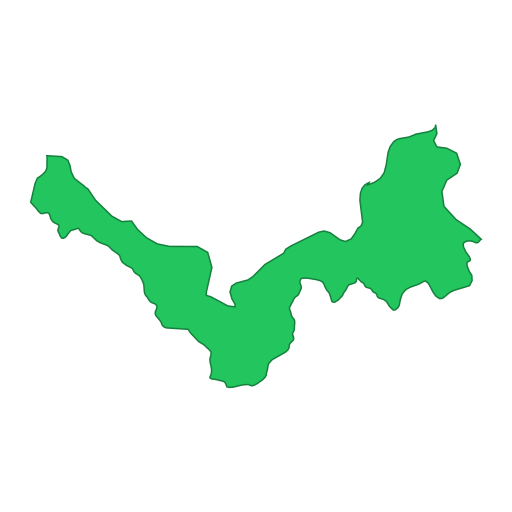 map outline of Nong Khai (Robinson projection)
{"feature_id": "THA-446", "entity_name": "Nong Khai", "entity_type": "Province", "adm_level": 1, "iso_a3": "THA", "parent_name": "Thailand", "parent_adm1": "", "projection": "robinson", "projection_center": [102.779, 17.946], "detail": "fine", "context": "isolated", "style": "filled", "palette": "green", "viewbox_px": 512, "rotation_deg": 0, "n_neighbors": 0, "source": "natural_earth", "source_scale": "10m", "svg_char_len": 4903}
<svg xmlns="http://www.w3.org/2000/svg" viewBox="0 0 512 512"><path d="M367.9,184.9L374.7,182.2L380.1,178.5L384.1,172.9L386.2,164.9L388.1,152.3L390.2,146.5L393.7,141.7L396.5,139.7L399.3,138.7L409.0,137.0L416.1,134.1L428.2,131.8L432.3,130.2L435.3,127.4L435.6,124.6L436.9,133.7L433.6,140.6L436.9,146.9L446.7,148.2L456.6,153.2L460.4,164.4L457.1,173.2L446.8,180.1L441.9,191.4L444.0,206.4L456.1,219.6L470.2,229.0L481.3,239.3L480.0,240.2L478.3,242.3L477.0,242.8L475.9,242.8L473.0,241.5L470.8,241.0L469.5,240.9L467.1,241.1L466.0,241.5L465.1,241.9L464.2,242.5L463.5,243.2L463.2,244.8L463.6,247.1L465.9,252.0L469.3,256.7L470.3,259.3L470.3,260.3L469.3,261.1L467.2,262.2L466.9,263.7L467.2,266.1L469.2,271.2L471.8,275.3L472.1,280.6L469.5,285.7L454.2,290.3L449.8,292.4L443.3,297.8L441.2,298.6L439.6,298.6L438.6,298.0L435.7,295.9L433.0,292.0L429.0,284.4L428.2,283.3L427.1,282.3L425.5,281.1L424.3,281.2L423.2,281.6L422.3,282.3L418.6,284.2L410.0,287.3L406.8,289.0L405.0,290.5L402.8,293.1L402.2,294.1L401.8,295.1L400.4,299.4L399.3,305.1L398.6,306.6L397.6,308.0L395.5,309.7L394.1,310.1L392.8,309.8L389.5,306.3L388.8,305.4L387.0,302.3L386.3,301.4L384.4,300.0L383.3,299.4L379.1,298.1L378.2,297.4L377.4,296.7L377.2,296.1L377.0,295.2L376.5,294.1L375.6,293.1L373.6,292.3L372.7,291.4L371.3,289.2L370.3,288.4L366.7,287.4L365.6,286.8L365.0,286.0L364.6,285.2L364.4,284.6L364.0,283.9L363.4,283.1L361.3,281.9L357.9,278.3L357.0,278.2L356.6,279.0L356.5,280.4L356.0,281.8L354.8,282.9L350.2,284.4L348.7,285.0L347.9,285.9L347.3,286.9L346.8,288.1L345.6,290.3L344.2,292.2L343.5,293.3L342.5,295.5L341.8,296.4L340.1,298.0L339.4,298.9L338.5,299.8L337.3,300.6L334.8,302.1L333.2,302.2L332.1,301.7L331.6,300.6L330.1,295.4L329.2,293.1L328.6,292.2L327.9,291.3L327.0,290.4L326.3,289.4L325.8,288.4L324.7,286.1L324.3,284.9L323.7,283.7L322.3,281.8L319.9,280.6L316.2,279.6L307.3,278.1L303.5,278.1L301.1,278.6L300.5,279.6L300.0,280.9L299.9,282.3L300.2,283.6L301.1,286.0L301.3,287.2L301.2,288.5L299.6,291.9L299.2,293.1L298.6,294.2L297.8,295.3L295.3,297.1L294.4,298.1L293.7,299.2L292.7,301.6L291.5,303.5L290.7,305.2L289.8,307.0L289.4,308.1L289.6,309.3L290.7,312.2L291.5,315.6L292.0,316.7L292.5,317.6L293.7,318.8L294.2,319.7L294.6,320.8L294.7,322.2L294.3,329.5L294.0,330.5L293.1,332.4L292.6,333.6L292.7,334.9L293.6,337.2L293.7,338.4L293.5,339.5L293.0,340.5L290.4,343.0L289.7,344.0L289.3,345.3L288.9,348.3L287.7,350.1L285.5,352.1L272.6,359.4L271.8,360.1L269.4,362.7L268.7,363.7L268.2,364.9L267.9,366.3L267.5,369.3L266.4,373.2L266.4,374.6L265.4,376.8L263.3,379.2L257.5,383.4L254.6,385.0L252.3,385.8L251.0,385.6L248.7,384.6L246.0,384.6L242.1,385.0L232.9,387.2L229.2,387.4L227.0,386.9L225.6,383.5L225.0,382.5L224.1,381.7L222.9,381.2L215.1,379.3L211.5,378.9L210.2,378.1L209.9,377.1L210.9,374.8L211.3,373.4L211.5,372.0L211.6,370.4L211.3,367.4L210.1,362.1L209.9,359.2L210.2,357.8L210.9,355.0L211.1,353.7L211.0,352.3L210.5,351.3L209.8,350.3L203.8,344.7L198.7,341.6L191.4,333.9L190.0,332.2L188.1,329.3L166.3,327.9L164.0,326.9L163.1,326.2L162.3,325.2L161.8,324.2L161.4,323.0L160.9,321.9L160.3,320.9L156.5,316.3L155.8,315.3L155.3,314.2L155.2,312.8L155.4,311.6L156.4,309.2L156.8,308.0L157.0,306.6L156.5,305.3L155.4,304.1L151.6,302.5L150.4,301.8L148.9,300.0L147.4,297.4L147.0,296.8L146.2,296.1L145.6,295.2L145.0,294.1L144.6,292.9L144.3,291.5L143.9,285.3L143.6,283.9L142.2,280.3L140.5,277.2L139.8,276.2L138.8,275.4L134.9,272.8L134.2,271.9L133.6,270.9L133.1,269.8L132.4,268.8L131.6,268.0L126.2,265.2L122.4,262.2L121.2,260.3L120.3,257.8L120.0,256.5L119.4,255.4L118.6,254.5L112.0,249.7L108.8,246.4L107.8,245.7L106.5,245.1L100.6,242.9L97.4,241.2L96.5,240.5L91.2,235.5L90.9,235.4L85.1,233.9L82.7,233.0L81.7,232.4L80.7,231.4L78.6,228.5L77.5,228.4L76.5,228.7L75.5,229.3L71.7,230.2L70.6,230.7L67.7,234.2L66.7,235.8L66.0,236.6L65.0,237.5L63.2,238.3L62.0,238.2L61.2,237.5L59.9,235.5L59.9,235.3L59.7,234.9L59.4,234.0L58.3,232.0L57.9,230.7L58.0,229.4L58.4,228.2L58.9,227.1L59.0,225.9L58.3,224.7L54.1,222.6L52.8,221.6L52.1,220.7L51.4,219.7L50.8,218.7L49.9,215.6L49.0,213.4L47.6,212.7L45.8,212.8L43.0,213.5L41.7,213.6L40.6,213.3L38.3,211.1L36.9,209.1L30.7,202.3L35.2,183.1L37.5,178.0L39.5,176.8L42.6,174.4L45.3,171.6L46.3,169.7L46.9,167.9L47.1,156.8L46.8,155.7L61.9,156.6L67.9,160.3L70.0,165.6L71.2,171.9L74.3,178.4L84.2,186.1L85.4,187.4L87.9,188.9L95.5,200.2L111.9,216.2L121.7,221.6L131.5,221.0L137.6,229.5L146.4,237.7L157.3,243.9L169.3,246.4L197.2,246.5L207.7,252.4L211.9,267.4L206.4,291.9L206.3,295.4L210.9,296.8L227.8,305.9L235.0,306.9L235.0,304.2L231.9,298.8L230.0,291.9L231.7,286.1L236.2,283.1L247.8,280.0L252.8,276.7L264.8,264.6L283.7,253.2L285.8,249.2L290.6,246.1L318.7,232.2L324.0,231.0L329.9,232.6L340.0,239.8L345.4,241.5L351.1,239.0L354.9,233.7L357.8,228.3L361.1,225.9L362.6,222.2L359.9,200.2L360.4,193.3L362.1,188.3L364.9,184.9L367.4,183.4L368.9,182.6L369.1,182.5L368.4,184.1L368.2,184.4L368.0,184.7L367.9,184.9Z" fill="#22c55e" stroke="#15803d" stroke-width="1.5"/></svg>